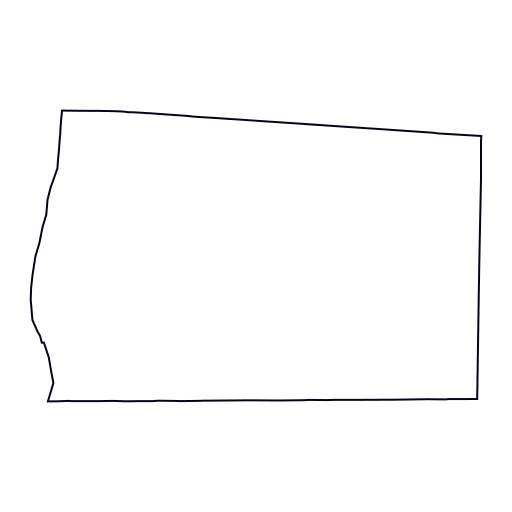 Magdalena Ocotlán, Oaxaca, Mexico (Albers equal-area conic projection)
{"feature_id": "50627088B67117262986487", "entity_name": "Magdalena Ocotlán", "entity_type": "district", "adm_level": 2, "iso_a3": "MEX", "parent_name": "Mexico", "parent_adm1": "Oaxaca", "projection": "albers", "projection_center": [-96.722, 16.709], "detail": "fine", "context": "isolated", "style": "outline", "palette": "ink", "viewbox_px": 512, "rotation_deg": 0, "n_neighbors": 0, "source": "geoboundaries", "source_scale": "gbopen_adm2", "svg_char_len": 1240}
<svg xmlns="http://www.w3.org/2000/svg" viewBox="0 0 512 512"><path d="M196.3,400.9L201.3,400.8L202.6,400.7L250.1,400.3L279.7,400.5L304.4,400.2L305.1,400.1L310.3,399.9L317.1,400.0L319.0,400.0L326.8,400.1L333.0,399.9L341.1,399.9L347.4,399.9L394.5,399.7L427.5,399.2L445.5,399.4L448.3,399.1L477.2,399.0L478.8,292.4L479.4,257.4L480.8,188.2L481.0,179.5L481.0,142.6L481.0,141.3L481.3,136.0L437.6,133.4L433.1,132.7L428.4,132.4L345.7,126.8L214.1,117.9L202.3,117.2L194.4,116.7L187.2,115.9L164.3,114.3L150.7,113.3L146.1,113.1L140.9,112.7L133.0,112.3L127.7,112.2L125.3,111.8L124.1,111.7L122.3,111.5L120.4,111.4L117.7,111.3L114.6,111.2L107.2,111.0L104.7,111.0L100.0,110.9L80.7,110.8L63.6,110.6L62.9,110.7L61.9,110.6L61.9,112.2L61.2,119.2L60.5,128.3L60.2,134.3L59.8,138.1L59.0,149.6L58.1,158.8L57.4,168.4L53.5,179.5L50.6,187.5L47.5,199.9L46.3,214.5L42.5,227.3L39.4,243.0L35.4,256.5L32.5,275.2L31.1,288.0L30.7,299.6L32.4,319.9L37.4,331.3L40.1,336.0L41.8,342.7L43.9,342.6L48.8,357.5L51.3,372.2L53.4,383.0L49.6,395.9L47.9,401.4L57.6,401.3L62.5,401.1L68.7,400.9L71.5,401.1L75.3,401.1L83.8,401.1L99.8,401.1L112.6,400.9L126.4,401.3L141.3,401.1L152.9,401.1L158.0,400.7L173.2,400.9L180.6,401.1L196.3,400.9Z" fill="none" stroke="#020617" stroke-width="2"/></svg>